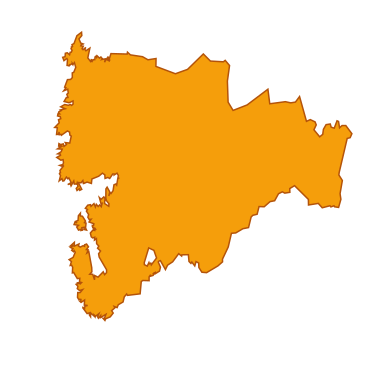 Larvik nor, Vestfold, Norway (Equal Earth projection), rotated 99°
{"feature_id": "86288312B65509327591170", "entity_name": "Larvik nor", "entity_type": "district", "adm_level": 2, "iso_a3": "NOR", "parent_name": "Norway", "parent_adm1": "Vestfold", "projection": "equal_earth", "projection_center": [10.003, 59.143], "detail": "fine", "context": "isolated", "style": "filled", "palette": "amber", "viewbox_px": 384, "rotation_deg": 99, "n_neighbors": 0, "source": "geoboundaries", "source_scale": "gbopen_adm2", "svg_char_len": 6035}
<svg xmlns="http://www.w3.org/2000/svg" viewBox="0 0 384 384"><g transform="rotate(99 192 192)"><path d="M184.3,44.8L175.9,43.8L170.5,45.5L157.1,45.3L152.2,49.6L149.8,49.7L114.8,47.1L113.6,44.3L109.4,43.2L102.3,50.5L102.9,54.2L105.5,56.3L99.4,58.3L99.0,59.9L106.7,61.5L106.2,64.7L103.2,66.1L104.5,70.1L109.5,72.0L114.6,71.9L117.5,74.5L111.5,81.3L106.3,79.8L103.5,81.4L102.0,86.5L104.3,90.0L80.9,100.7L87.0,103.9L88.5,108.4L88.2,113.9L92.7,129.0L78.6,133.1L97.4,151.2L105.0,164.2L97.6,170.4L76.9,174.4L61.2,174.7L56.8,179.8L58.5,181.4L59.8,194.3L53.9,202.4L71.6,215.6L77.8,226.9L73.6,247.3L65.8,248.4L68.3,256.2L66.1,262.0L66.2,274.3L64.0,277.6L65.9,277.6L68.0,293.7L72.7,294.4L71.8,296.1L73.0,296.7L74.7,294.2L73.9,293.8L75.5,294.2L74.3,297.5L77.5,298.7L74.0,298.3L75.2,301.7L73.9,300.8L74.4,301.8L72.9,303.1L74.2,304.4L72.3,307.1L73.9,307.3L72.9,308.1L73.8,308.9L76.5,308.7L76.7,310.2L79.5,311.5L77.3,310.9L77.0,312.2L78.9,312.7L75.8,315.9L65.9,315.4L69.1,318.9L67.8,320.3L65.8,319.5L68.5,321.9L67.7,323.0L65.0,322.2L65.0,324.7L63.0,324.1L63.1,322.9L62.8,322.6L62.3,325.2L58.5,327.6L54.7,325.3L51.5,326.1L55.6,330.1L63.9,331.8L65.2,333.6L66.9,332.8L68.0,334.3L67.8,333.4L69.4,333.9L70.8,332.6L72.8,333.1L73.1,334.2L75.6,334.4L74.0,337.0L74.8,338.8L78.2,338.5L79.2,340.8L82.3,339.0L79.7,336.5L80.7,335.7L86.5,335.2L86.5,332.3L86.2,333.2L84.9,332.4L85.8,332.5L84.1,330.8L84.7,330.0L83.6,330.3L84.5,329.4L82.6,328.4L87.1,326.3L92.2,327.5L93.1,328.9L97.7,328.1L99.8,329.5L100.5,332.6L108.4,334.2L108.8,332.8L112.1,334.5L109.9,330.8L113.6,329.7L115.1,330.9L118.0,329.3L118.4,330.9L122.6,332.5L123.1,327.4L120.7,323.8L123.7,323.2L125.3,324.4L124.6,325.8L125.7,327.7L125.5,331.4L128.4,335.0L129.6,330.3L131.6,334.9L132.1,334.0L133.7,336.1L135.4,336.3L135.2,335.6L135.5,335.1L135.8,336.6L137.9,336.7L138.2,333.9L140.1,333.1L141.5,335.2L144.4,334.0L149.7,337.7L149.5,335.1L156.4,334.8L156.0,333.2L153.5,332.6L156.2,332.0L155.5,330.5L156.4,329.9L151.2,324.6L152.0,322.3L154.9,321.5L155.7,320.0L162.8,320.4L163.0,324.9L164.7,323.4L167.0,325.5L164.6,326.7L165.7,329.1L165.0,331.0L166.9,330.9L166.7,329.1L167.7,330.0L167.4,327.9L170.4,331.5L170.0,326.9L172.8,327.6L175.3,330.6L175.2,328.1L176.3,327.6L179.0,331.0L181.1,326.5L180.2,324.4L183.3,323.5L185.1,323.9L186.4,326.8L186.8,325.0L185.3,324.0L186.4,323.0L191.4,325.8L194.1,324.7L193.4,325.3L194.7,325.8L196.3,324.4L201.7,324.9L199.2,322.6L201.4,321.3L201.0,320.2L196.9,318.4L198.4,316.7L197.4,315.8L201.6,312.8L204.1,315.9L202.9,313.4L204.9,312.4L199.7,310.5L202.6,309.5L202.1,307.3L202.9,307.1L201.2,306.9L204.2,305.5L206.6,306.9L208.5,305.8L206.4,303.8L207.9,303.1L206.6,301.3L200.4,305.8L200.3,303.1L197.8,301.6L200.2,300.8L199.3,299.9L200.9,300.8L198.6,297.2L199.3,292.7L194.8,292.9L191.0,286.6L187.4,283.4L188.7,280.8L192.2,280.0L190.8,277.4L191.5,275.4L186.6,273.1L186.4,271.3L187.2,271.4L185.1,269.0L187.3,267.3L190.1,267.4L189.4,266.0L190.5,267.4L197.0,267.5L196.0,268.5L197.1,270.2L203.1,270.2L206.1,271.7L205.4,272.7L209.0,273.6L204.8,273.2L200.5,276.6L202.4,277.5L212.7,276.0L212.0,275.5L213.4,275.7L216.6,272.2L219.1,272.0L217.0,276.6L212.1,276.9L210.6,278.3L213.4,280.6L212.0,282.6L217.7,280.1L217.2,279.0L220.7,279.3L219.1,281.1L221.0,282.4L219.1,284.6L221.9,285.1L218.8,287.0L222.0,289.5L220.4,290.3L221.3,292.9L224.8,294.8L225.6,292.5L227.4,293.3L230.4,290.6L233.2,290.9L235.3,289.2L234.7,287.4L237.7,289.0L238.7,284.0L240.5,284.0L240.6,285.2L242.6,284.5L243.0,282.1L244.5,280.8L243.0,284.0L245.2,282.5L245.2,284.0L248.5,286.0L252.0,284.5L252.9,282.9L251.9,281.0L254.7,280.8L253.0,279.1L258.0,278.1L260.0,275.6L262.3,276.5L264.6,273.1L267.6,274.6L270.8,273.5L282.2,264.2L285.0,263.8L287.3,265.4L284.7,267.2L290.8,271.5L289.7,275.1L294.0,274.5L288.8,277.2L289.2,280.1L286.5,278.4L282.4,279.2L267.0,284.6L268.6,286.2L265.4,285.5L265.4,287.3L262.3,285.7L259.9,288.0L260.9,289.8L262.5,289.6L262.1,291.2L263.9,293.8L263.1,295.7L261.0,295.5L263.9,299.8L260.1,300.3L264.2,303.6L263.4,300.8L265.8,303.3L266.6,300.7L268.4,301.7L269.5,299.7L268.3,299.2L269.8,297.9L275.2,299.2L278.0,302.8L279.6,300.2L283.6,300.8L283.1,299.5L285.0,298.1L290.6,297.5L290.0,296.3L295.5,291.7L294.8,289.3L298.4,289.1L298.7,286.9L300.3,288.1L299.2,289.2L299.8,291.7L300.1,289.8L301.3,292.0L303.0,289.9L305.4,290.2L306.9,287.6L305.5,284.8L308.8,286.7L309.2,289.1L314.0,288.6L315.6,287.3L315.5,284.9L317.1,284.8L317.3,285.9L318.4,284.3L315.5,281.2L320.5,280.7L320.4,277.3L321.5,279.9L324.4,279.9L323.0,281.6L323.5,281.7L328.5,276.6L327.3,274.1L329.4,274.2L331.0,272.7L327.3,273.2L330.3,268.6L328.9,269.2L329.8,267.8L326.7,264.9L330.0,265.7L331.3,264.7L328.3,262.9L330.3,262.7L326.3,257.9L330.4,258.7L330.7,260.1L332.5,257.9L330.7,257.4L328.1,253.2L323.9,250.9L321.8,252.8L318.5,250.1L317.2,251.0L317.9,247.9L314.9,247.2L311.4,242.9L306.2,242.5L303.0,240.6L304.2,239.6L300.7,227.3L288.5,228.1L287.1,226.9L286.3,220.5L282.6,221.1L280.1,219.9L281.8,220.1L280.5,217.4L277.6,216.0L279.4,217.9L278.0,217.0L277.1,215.6L278.3,215.3L275.2,211.7L271.2,211.4L266.4,214.4L265.2,213.6L264.7,212.5L272.8,206.1L268.1,204.7L264.0,200.2L255.0,195.5L256.9,192.2L255.6,192.1L254.5,185.8L261.1,184.1L262.7,181.9L261.2,181.2L264.6,177.7L260.1,177.1L261.1,174.3L265.5,173.4L269.7,169.7L269.4,165.0L260.9,154.8L256.2,150.9L253.6,151.4L240.6,147.6L226.6,146.6L225.6,142.4L220.3,136.0L218.3,130.6L207.5,129.7L205.5,128.3L203.8,124.2L195.9,123.5L195.3,118.4L189.3,113.4L187.7,109.0L180.2,106.3L177.7,102.8L178.6,100.2L177.0,95.3L173.3,96.0L169.7,91.7L181.1,75.9L186.6,74.9L183.5,65.5L187.2,60.9L184.0,53.6L185.0,52.5L183.4,49.6L184.3,48.9L184.3,44.8ZM269.2,228.1L254.0,226.0L255.6,220.5L262.7,216.7L270.4,220.8L268.7,221.6L269.6,222.9L268.4,223.5L272.2,224.6L271.2,227.7L269.2,228.1ZM246.1,290.2L244.2,291.5L239.3,291.8L239.1,293.4L237.4,292.6L233.1,296.4L233.1,298.5L230.4,298.9L233.2,300.5L237.9,300.1L239.2,302.3L240.6,300.8L239.8,302.8L242.6,303.4L242.7,298.9L244.6,300.4L247.4,298.1L246.0,295.2L247.3,295.5L246.9,294.3L244.5,295.2L243.7,292.9L245.9,292.9L246.1,290.2Z" fill="#f59e0b" stroke="#b45309" stroke-width="1.5"/></g></svg>